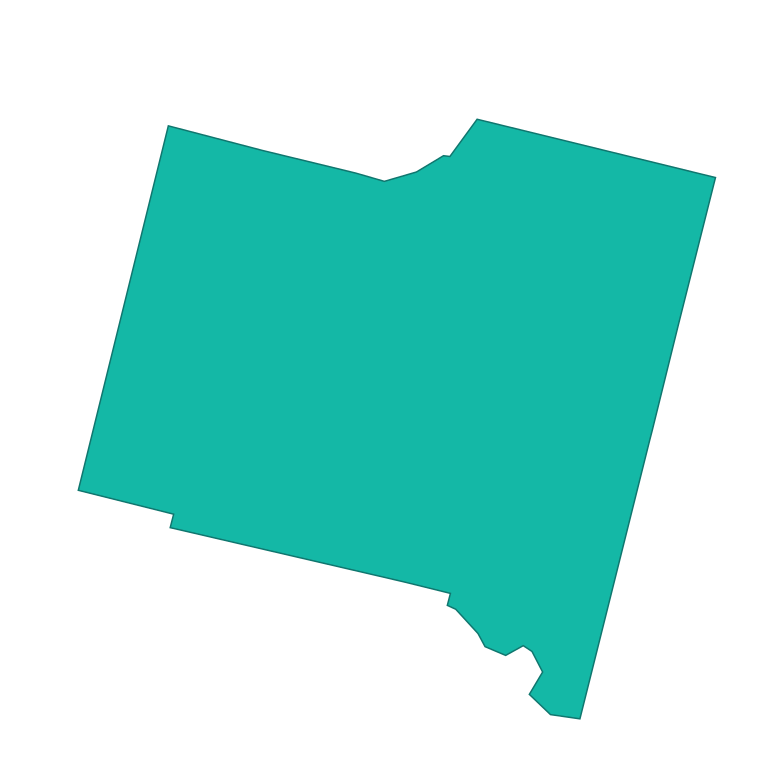 outline of Latah, Idaho, United States of America, rotated 194°
{"feature_id": "52423323B55768154384777", "entity_name": "Latah", "entity_type": "district", "adm_level": 2, "iso_a3": "USA", "parent_name": "United States of America", "parent_adm1": "Idaho", "projection": "robinson", "projection_center": [-116.78, 46.836], "detail": "fine", "context": "isolated", "style": "filled", "palette": "teal", "viewbox_px": 768, "rotation_deg": 194, "n_neighbors": 0, "source": "geoboundaries", "source_scale": "gbopen_adm2", "svg_char_len": 531}
<svg xmlns="http://www.w3.org/2000/svg" viewBox="0 0 768 768"><g transform="rotate(194 384 384)"><path d="M112.9,106.5L112.6,393.8L112.5,403.7L112.7,513.5L112.3,664.5L357.7,663.4L375.1,620.7L381.5,619.9L403.9,597.5L432.7,580.7L462.5,581.8L558.9,581.2L655.7,582.3L655.1,290.1L654.9,206.9L556.6,206.8L556.7,192.9L317.8,196.8L268.9,196.9L269.0,184.5L259.9,182.8L232.4,164.6L222.4,153.6L200.3,150.1L185.6,163.8L175.7,160.3L160.4,142.9L167.9,118.0L142.5,103.5L112.9,106.5Z" fill="#14b8a6" stroke="#0f766e" stroke-width="1.5"/></g></svg>